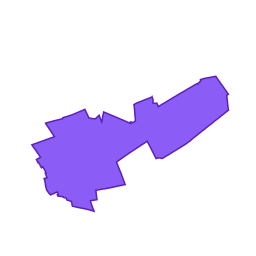 outline of Tezoyuca, México, Mexico, rotated 146°
{"feature_id": "50627088B56189493981612", "entity_name": "Tezoyuca", "entity_type": "district", "adm_level": 2, "iso_a3": "MEX", "parent_name": "Mexico", "parent_adm1": "México", "projection": "albers", "projection_center": [-98.934, 19.594], "detail": "fine", "context": "isolated", "style": "filled", "palette": "violet", "viewbox_px": 256, "rotation_deg": 146, "n_neighbors": 0, "source": "geoboundaries", "source_scale": "gbopen_adm2", "svg_char_len": 4265}
<svg xmlns="http://www.w3.org/2000/svg" viewBox="0 0 256 256"><g transform="rotate(146 128 128)"><path d="M26.3,121.8L26.7,121.9L26.8,122.0L27.0,122.0L27.4,122.2L28.1,122.5L28.4,122.7L28.9,122.9L29.3,123.0L29.7,123.2L29.9,123.3L30.3,123.5L30.8,123.7L31.1,123.8L31.8,124.1L32.0,124.2L32.8,124.6L33.8,125.0L34.5,125.3L35.2,125.6L35.3,125.6L35.6,125.8L36.0,125.9L36.2,126.1L36.6,126.3L36.8,126.3L37.0,126.4L37.7,126.6L38.9,127.0L40.2,127.4L40.8,127.6L40.9,126.8L41.3,126.7L42.4,126.3L42.5,126.1L42.8,125.8L43.0,125.8L43.3,126.0L44.6,125.8L45.7,125.6L45.9,126.2L46.3,126.2L47.0,126.3L48.0,126.3L48.4,126.4L49.7,126.5L51.0,126.5L52.9,126.7L53.7,126.7L53.9,126.7L54.8,126.8L56.3,126.9L57.9,127.0L59.0,127.0L60.1,127.1L61.7,127.2L62.8,127.3L63.0,127.3L64.4,127.4L64.9,127.4L65.6,127.5L67.0,127.6L67.7,127.6L69.0,127.7L69.7,127.7L71.2,127.8L71.5,127.8L74.1,128.0L76.8,128.1L79.4,128.2L90.9,128.8L90.8,129.0L90.3,132.2L90.2,132.5L91.8,133.4L92.2,133.7L92.9,134.3L93.4,135.0L91.5,137.2L91.4,137.6L90.6,140.4L90.8,140.3L94.0,141.0L99.0,142.1L101.9,142.7L102.1,142.8L106.0,143.7L108.5,144.0L110.0,144.1L111.2,141.5L112.6,139.1L113.9,136.8L115.1,134.8L115.8,133.3L117.7,129.9L120.6,129.6L121.7,130.8L122.5,131.6L123.2,130.2L124.8,132.7L126.4,135.2L127.5,137.0L129.0,139.2L130.2,141.1L132.4,144.5L134.4,147.6L136.0,150.0L137.6,152.5L139.2,154.9L140.2,153.9L141.1,153.1L142.0,152.2L142.6,151.6L143.9,150.2L145.3,148.7L146.5,147.7L146.4,148.3L145.1,153.3L144.9,154.3L144.8,154.7L147.4,154.3L150.1,153.9L152.5,156.0L154.8,158.2L154.2,161.8L153.7,165.3L153.6,165.9L153.3,167.6L153.5,167.6L156.3,168.1L159.1,168.7L161.9,169.2L166.0,170.0L168.3,170.6L171.5,171.5L174.7,172.5L175.1,172.6L176.2,173.0L176.9,172.3L179.6,173.2L182.3,174.2L184.9,175.2L187.6,176.1L190.3,177.1L193.7,178.1L193.8,170.0L193.8,169.9L193.8,169.7L193.9,161.9L201.6,163.9L205.3,164.8L210.6,166.2L212.0,166.5L212.6,166.7L214.6,167.2L215.5,167.4L216.6,167.7L217.1,167.8L217.1,164.8L217.0,161.7L217.0,158.7L216.9,155.6L216.9,152.6L217.6,152.7L221.5,153.1L222.1,149.6L221.5,149.3L221.5,148.9L221.6,147.1L221.9,144.7L222.0,143.4L220.3,143.4L220.5,141.0L220.6,140.5L220.5,140.2L220.6,139.2L220.9,138.0L221.2,136.5L221.9,136.7L222.4,134.5L222.9,132.1L225.8,133.0L226.8,130.0L226.9,129.7L227.1,129.2L227.4,128.6L228.4,126.7L228.9,125.6L229.4,124.0L230.1,122.2L230.1,121.9L230.1,120.0L230.1,119.4L230.0,117.8L230.0,117.6L229.6,115.8L229.3,115.8L229.0,115.8L228.2,115.7L227.6,115.5L226.8,115.3L226.2,115.2L225.4,115.1L224.4,114.9L223.5,114.6L222.4,114.6L222.2,114.5L222.3,114.0L222.4,113.7L222.6,113.1L222.8,112.6L222.9,112.3L223.2,111.6L223.9,112.1L224.3,110.9L223.5,110.2L222.5,109.3L220.2,107.3L220.3,106.8L220.4,106.6L219.6,105.7L218.4,104.4L218.7,103.3L218.9,102.5L218.1,101.4L216.0,98.8L216.4,97.8L217.2,95.9L217.8,94.3L216.8,93.2L215.2,91.5L213.9,90.1L211.6,87.8L211.2,87.4L210.6,86.9L209.7,85.9L208.1,84.2L207.7,83.7L207.4,83.4L206.8,82.9L206.5,82.5L206.0,82.0L204.4,80.1L202.7,77.9L202.0,81.1L201.9,81.6L201.8,81.8L201.4,83.2L201.2,84.2L200.9,85.4L200.6,86.5L199.9,88.8L198.0,87.9L193.8,85.9L193.3,86.9L193.0,87.5L192.9,87.8L192.3,88.8L191.8,90.0L190.9,91.7L190.9,91.8L190.6,92.3L190.0,93.2L189.3,94.4L189.0,94.1L188.1,93.7L187.3,93.4L186.2,92.9L185.7,92.6L184.4,92.1L183.0,91.5L180.4,90.2L179.4,89.8L176.5,88.5L162.6,83.0L162.3,82.6L162.0,82.6L159.8,91.7L158.9,95.3L158.3,98.4L156.6,106.2L149.5,106.4L139.1,106.5L137.6,106.5L130.2,106.4L120.0,106.3L119.5,106.3L120.1,100.5L120.5,97.7L121.4,90.3L121.8,86.9L121.3,86.8L120.4,86.6L119.7,86.3L119.1,85.9L118.4,85.4L117.6,84.6L116.9,83.6L115.7,83.5L112.8,83.4L109.7,83.2L106.8,83.1L104.2,83.0L100.2,82.8L95.3,82.6L91.7,82.5L90.4,82.4L86.9,82.5L84.1,82.6L83.9,82.6L80.2,83.1L76.8,83.3L74.7,83.5L72.4,83.7L69.8,83.9L67.7,84.1L65.5,84.2L63.6,84.4L62.8,84.5L62.2,84.5L61.5,84.6L57.9,84.8L57.5,84.8L56.5,84.9L53.2,85.2L52.5,85.3L52.3,85.3L51.3,85.4L49.9,85.4L48.5,85.5L47.3,85.6L46.7,85.6L45.5,85.7L44.0,85.9L40.7,86.1L37.7,86.4L34.7,86.6L34.7,87.0L34.2,87.9L33.7,89.0L33.0,90.2L32.4,91.4L32.2,91.7L31.9,92.3L31.0,93.9L30.8,94.5L30.6,94.8L30.2,95.4L29.9,96.2L28.8,98.1L27.9,99.8L27.8,100.0L25.9,99.8L25.9,100.5L26.0,105.0L26.1,110.1L26.1,110.4L26.1,110.8L26.2,113.4L26.2,115.1L26.3,118.1L26.3,119.9L26.3,121.8Z" fill="#8b5cf6" stroke="#5b21b6" stroke-width="1.5"/></g></svg>